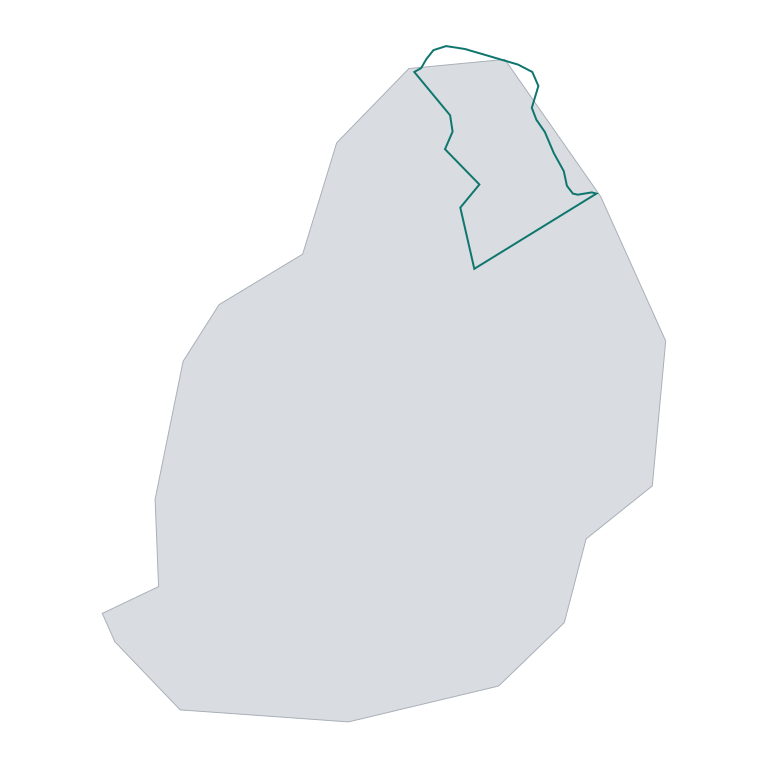 where Rivière du Rempart sits in Mauritius
{"feature_id": "MUS-5192", "entity_name": "Rivière du Rempart", "entity_type": "District", "adm_level": 1, "iso_a3": "MUS", "parent_name": "Mauritius", "parent_adm1": "", "projection": "mercator", "projection_center": [57.653, -20.067], "detail": "fine", "context": "in_parent", "style": "outline", "palette": "teal", "viewbox_px": 768, "rotation_deg": 0, "n_neighbors": 0, "source": "natural_earth", "source_scale": "10m", "svg_char_len": 717}
<svg xmlns="http://www.w3.org/2000/svg" viewBox="0 0 768 768"><path d="M498.6,686.0L348.3,721.9L180.2,709.9L114.9,641.8L102.3,613.4L158.6,586.6L155.1,499.3L183.1,361.3L219.1,304.6L302.7,254.1L336.7,142.8L408.9,68.5L504.8,59.4L600.7,196.6L665.7,341.0L652.3,485.9L586.1,538.9L564.3,622.6L498.6,686.0Z" fill="#d9dde1" stroke="#a8b0b8" stroke-width="1"/><path d="M414.3,72.0L421.2,68.0L426.4,59.0L433.5,50.1L446.1,46.1L464.9,49.0L518.1,64.6L532.3,72.0L538.4,86.0L531.8,107.8L536.4,119.8L544.8,131.9L553.8,153.1L563.8,171.2L566.9,185.8L572.9,193.6L577.8,194.7L591.8,192.4L596.4,193.6L474.3,268.8L460.3,207.6L479.4,184.5L445.0,149.2L452.6,131.6L450.1,115.3L414.3,72.0Z" fill="none" stroke="#0f766e" stroke-width="2"/></svg>